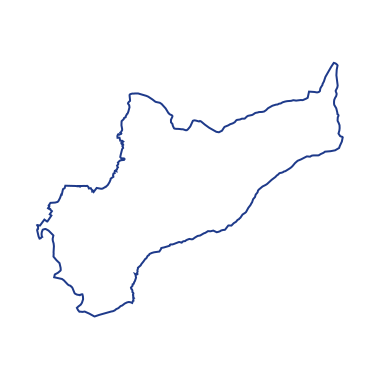 Racovita, Sibiu, Romania, rotated 264°
{"feature_id": "2599482B1974711527076", "entity_name": "Racovita", "entity_type": "district", "adm_level": 2, "iso_a3": "ROU", "parent_name": "Romania", "parent_adm1": "Sibiu", "projection": "orthographic", "projection_center": [24.378, 45.642], "detail": "fine", "context": "isolated", "style": "outline", "palette": "blue", "viewbox_px": 384, "rotation_deg": 264, "n_neighbors": 0, "source": "geoboundaries", "source_scale": "gbopen_adm2", "svg_char_len": 5998}
<svg xmlns="http://www.w3.org/2000/svg" viewBox="0 0 384 384"><g transform="rotate(264 192 192)"><path d="M220.4,342.9L222.3,343.8L226.5,346.3L230.6,347.6L231.1,347.3L231.5,346.3L232.1,345.2L234.8,343.8L237.8,345.0L240.1,345.5L243.0,345.7L245.3,345.1L247.4,344.3L248.2,344.3L251.1,344.8L251.8,345.3L252.8,345.7L253.6,345.5L254.2,344.8L255.9,344.8L260.2,344.2L263.7,342.6L264.8,342.5L267.0,342.7L268.8,343.1L270.9,344.3L272.1,345.3L273.9,346.0L274.8,346.1L277.0,345.5L277.7,345.5L280.7,347.4L282.6,348.0L293.0,347.8L298.5,348.7L302.7,350.0L303.3,349.7L304.5,348.6L305.0,347.9L305.5,346.8L305.6,346.5L301.8,343.4L292.5,336.7L288.1,334.7L285.9,333.2L284.8,332.9L282.3,330.9L281.1,330.3L279.1,329.8L278.4,329.0L278.0,327.6L278.0,326.6L278.7,324.1L279.6,318.9L273.6,316.9L272.9,315.3L271.9,312.1L271.8,311.4L272.1,309.9L272.0,305.0L272.3,304.1L272.7,302.3L272.3,300.2L272.4,296.0L272.2,293.9L271.7,291.4L270.8,289.5L270.7,287.7L270.1,286.3L270.1,284.6L269.4,281.0L267.4,276.4L265.7,274.3L264.5,272.1L264.3,270.0L264.5,266.9L264.2,265.7L264.1,263.9L263.9,263.0L262.7,260.8L262.3,259.7L261.9,255.7L261.7,255.3L261.4,254.6L259.5,252.1L259.5,251.4L259.7,249.3L259.1,247.3L259.0,244.3L258.5,243.3L257.3,242.2L256.9,241.7L256.0,239.7L255.4,237.0L254.5,235.1L253.4,231.3L253.0,230.8L249.8,228.2L248.6,225.0L249.3,222.5L254.1,215.8L257.6,211.9L261.2,208.4L261.8,207.3L261.4,206.4L262.6,203.4L263.0,202.0L262.9,200.9L262.7,200.3L257.3,197.1L254.7,194.4L254.0,193.2L254.1,192.2L255.3,189.6L255.5,188.1L256.1,185.6L256.5,182.7L256.9,181.2L257.2,180.8L259.1,180.1L260.1,179.8L261.6,179.7L263.5,178.4L266.0,178.6L269.0,180.4L269.9,180.4L270.4,180.0L271.8,177.7L272.6,177.3L273.0,176.8L277.9,174.5L282.7,171.0L284.1,169.3L285.3,165.6L285.7,164.9L288.2,162.3L291.4,158.4L292.4,156.6L295.6,148.8L296.0,145.4L295.9,144.6L296.1,142.7L295.7,140.7L295.1,140.1L294.3,140.0L289.9,140.0L289.1,139.9L288.1,138.5L287.0,137.6L286.2,137.8L284.9,138.6L282.8,138.7L278.6,137.1L277.1,136.3L276.6,136.0L276.4,135.5L274.0,133.9L273.3,133.8L272.6,132.1L271.6,131.7L269.9,129.5L269.3,129.3L265.7,128.8L262.1,129.1L260.9,129.0L258.9,127.6L258.6,127.0L257.5,127.8L257.2,127.6L257.0,126.6L256.6,125.9L257.2,124.8L256.9,124.3L255.9,124.0L255.5,123.6L253.7,123.6L253.6,125.6L250.5,126.0L250.2,128.0L249.3,128.9L248.7,128.0L248.7,127.7L248.1,126.8L247.2,127.1L246.9,128.2L246.5,128.5L246.0,128.5L245.5,127.7L244.6,127.6L244.2,128.0L243.0,128.1L242.7,127.6L241.7,126.9L236.5,125.0L234.3,124.3L232.7,125.3L232.7,126.8L232.4,128.0L232.1,128.3L231.6,128.3L231.0,127.7L231.0,126.2L231.3,125.7L231.2,125.4L231.0,125.2L230.9,124.0L230.2,122.8L229.0,121.4L228.4,121.7L227.3,121.5L226.0,120.2L224.2,120.9L223.8,120.3L222.5,119.8L222.0,119.0L220.7,119.0L221.1,118.5L221.1,117.5L219.2,116.9L218.8,117.0L218.5,115.8L218.1,115.6L216.7,115.2L216.1,115.4L215.3,115.4L214.2,113.2L213.7,112.5L212.8,112.3L210.4,111.0L207.8,109.0L206.1,106.8L206.2,106.4L205.7,105.8L205.2,104.3L204.9,103.9L204.7,103.2L204.7,102.0L206.0,97.6L202.2,94.1L203.0,93.5L202.9,92.8L203.2,92.8L203.8,93.6L205.0,92.3L206.4,91.7L206.3,89.8L208.0,89.4L209.1,88.3L209.0,87.0L209.2,86.4L209.7,81.0L209.2,81.6L209.0,81.3L209.6,79.9L209.7,78.5L210.1,77.2L211.5,66.7L209.1,65.7L208.3,64.0L203.0,62.2L203.2,61.7L200.0,60.2L197.1,58.3L196.2,57.3L195.8,54.9L196.0,50.1L193.6,48.1L192.9,48.7L190.9,47.1L190.5,47.6L191.0,48.1L190.0,49.1L189.7,48.9L187.6,50.7L184.7,48.2L183.3,49.7L179.2,46.3L177.8,45.1L177.8,44.8L180.0,42.3L174.5,37.3L175.3,34.7L175.2,34.5L173.8,35.2L172.1,35.2L171.3,35.0L171.0,34.7L171.0,34.3L170.1,34.0L163.7,34.8L161.6,35.5L161.8,36.6L162.8,37.7L163.0,38.3L163.7,38.0L166.0,38.0L168.0,38.5L170.1,39.6L170.5,41.3L170.5,42.6L169.0,44.8L168.4,45.5L163.3,49.6L159.9,48.5L158.0,48.5L155.3,49.0L152.5,49.0L146.4,48.0L145.4,48.0L142.2,47.5L138.3,50.1L135.1,52.8L130.3,53.4L128.1,53.3L127.5,52.9L126.2,51.0L125.6,50.1L124.4,47.1L124.0,46.8L121.6,46.0L119.1,53.6L117.6,55.3L113.0,58.8L112.2,59.7L111.4,61.4L110.9,61.6L110.1,62.5L109.0,63.1L103.8,64.6L103.1,65.1L102.0,66.8L101.4,68.9L101.4,69.8L101.2,69.9L101.7,71.0L101.8,72.0L101.7,72.3L99.6,72.6L96.8,72.5L93.4,71.0L91.6,69.6L89.9,66.8L88.8,65.4L86.5,66.3L84.7,67.5L84.7,68.3L84.2,70.5L84.3,72.8L81.8,77.1L78.6,81.7L78.4,82.2L79.5,87.0L81.6,99.3L81.7,100.8L82.3,102.7L83.5,104.5L84.1,106.4L84.5,107.1L85.8,108.8L86.1,109.4L86.4,110.7L88.1,113.4L89.0,115.9L89.2,117.7L88.7,119.5L87.9,120.9L89.9,121.9L90.0,122.4L92.8,122.5L92.8,123.0L93.9,122.5L94.7,122.8L95.5,122.5L96.2,122.6L96.9,123.1L97.8,123.0L98.6,122.3L100.0,122.4L101.3,122.2L102.0,121.5L103.3,121.3L105.0,123.1L106.4,123.3L106.8,124.4L108.2,125.0L109.4,125.9L112.7,127.4L114.4,127.2L114.9,127.4L116.5,126.8L115.8,128.1L115.9,129.1L116.2,129.2L117.2,128.9L118.7,129.6L119.9,129.5L121.4,130.2L122.3,130.3L124.4,133.3L125.6,134.1L127.9,136.4L130.3,138.5L130.8,139.6L133.2,141.3L133.6,142.4L134.8,143.3L135.6,145.7L136.0,147.9L136.2,153.3L138.5,155.2L139.4,155.5L139.6,156.3L139.8,158.3L140.8,163.8L141.0,164.3L141.8,164.5L142.1,165.3L141.9,166.9L142.1,168.2L143.6,173.7L143.5,174.5L142.7,176.4L142.9,176.8L143.5,177.2L143.9,178.4L143.9,180.1L144.5,180.9L145.0,182.1L145.6,184.5L145.0,186.6L145.0,187.8L146.4,190.2L147.7,193.0L147.9,195.6L149.6,199.3L150.0,201.0L151.4,203.8L151.0,206.3L151.4,209.1L149.4,212.4L149.7,214.5L150.1,215.9L150.7,217.0L151.0,219.1L150.9,220.0L151.1,221.0L154.8,224.5L154.9,224.8L154.5,227.7L156.6,230.2L157.8,232.7L159.5,234.4L160.1,235.9L160.7,236.4L161.3,237.4L164.3,239.9L165.8,242.8L166.5,243.7L170.4,246.4L172.9,248.8L174.6,249.9L175.3,250.6L178.4,252.0L180.4,254.1L182.8,255.1L184.7,257.1L186.5,257.8L187.4,258.7L190.1,262.7L191.3,265.9L192.1,267.5L195.8,272.5L198.2,276.5L199.6,278.1L200.2,279.3L201.4,280.7L201.7,281.5L201.8,283.1L202.2,284.6L202.7,285.4L203.0,287.1L205.3,291.8L206.2,293.3L207.2,294.6L210.0,297.5L212.0,300.3L213.0,303.7L215.2,309.4L215.4,310.0L214.8,313.1L215.6,314.8L215.7,316.3L215.2,321.8L216.3,324.0L217.2,326.8L218.2,328.5L218.1,334.0L218.5,338.7L220.4,342.9Z" fill="none" stroke="#1e3a8a" stroke-width="2"/></g></svg>